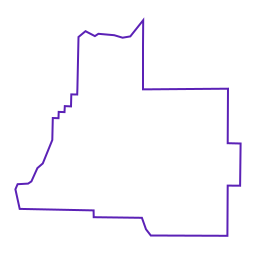 Coffee, Georgia, United States of America
{"feature_id": "52423323B74845935741438", "entity_name": "Coffee", "entity_type": "district", "adm_level": 2, "iso_a3": "USA", "parent_name": "United States of America", "parent_adm1": "Georgia", "projection": "mercator", "projection_center": [-82.919, 31.59], "detail": "fine", "context": "isolated", "style": "outline", "palette": "violet", "viewbox_px": 256, "rotation_deg": 0, "n_neighbors": 0, "source": "geoboundaries", "source_scale": "gbopen_adm2", "svg_char_len": 569}
<svg xmlns="http://www.w3.org/2000/svg" viewBox="0 0 256 256"><path d="M227.4,235.8L227.7,185.6L240.1,185.7L240.6,143.5L227.7,143.2L228.0,88.7L152.2,89.3L143.0,89.3L143.0,46.2L143.2,20.2L130.3,36.4L122.6,37.7L114.2,35.2L98.4,33.8L94.9,36.1L85.5,31.2L78.5,37.0L77.4,88.5L77.2,94.5L71.3,94.4L71.0,106.4L64.8,106.1L64.5,112.1L58.7,111.9L58.5,118.2L52.8,118.0L52.3,140.0L42.8,163.4L37.4,168.1L31.4,181.4L28.1,183.6L17.6,184.2L15.4,189.3L19.7,208.9L93.6,210.4L93.7,217.2L141.9,217.8L146.0,229.3L150.8,235.5L227.4,235.8Z" fill="none" stroke="#5b21b6" stroke-width="2"/></svg>